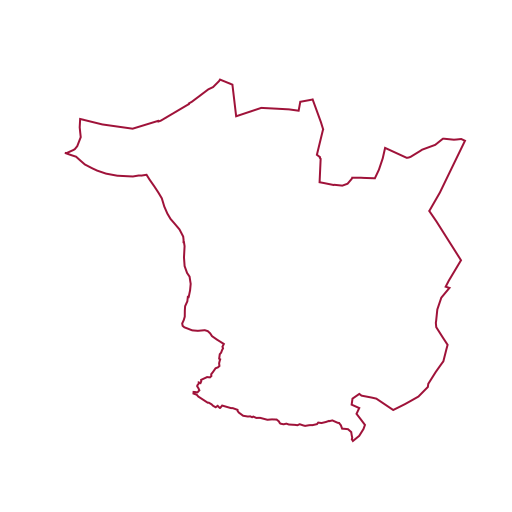 the district of Doedain, River Cess, Liberia, rotated 278°
{"feature_id": "62588387B34334652858528", "entity_name": "Doedain", "entity_type": "district", "adm_level": 2, "iso_a3": "LBR", "parent_name": "Liberia", "parent_adm1": "River Cess", "projection": "orthographic", "projection_center": [-9.275, 6.287], "detail": "fine", "context": "isolated", "style": "outline", "palette": "rose", "viewbox_px": 512, "rotation_deg": 278, "n_neighbors": 0, "source": "geoboundaries", "source_scale": "gbopen_adm2", "svg_char_len": 3617}
<svg xmlns="http://www.w3.org/2000/svg" viewBox="0 0 512 512"><g transform="rotate(278 256 256)"><path d="M280.3,459.6L299.5,443.3L315.3,429.9L324.7,421.3L325.1,421.5L344.5,429.3L357.0,433.3L399.2,446.9L400.3,443.3L400.4,442.9L399.2,438.1L398.7,435.8L398.3,425.6L398.1,424.7L396.5,423.2L391.0,418.0L384.4,405.7L382.8,403.9L377.2,397.1L375.7,395.3L375.5,394.9L374.8,393.6L374.2,391.7L374.4,390.9L379.4,374.2L381.0,368.8L370.3,367.9L358.5,365.7L349.5,362.9L348.3,351.5L348.1,348.8L347.9,347.5L346.9,340.4L346.4,340.4L345.0,339.6L340.3,336.6L337.7,331.7L337.4,323.5L337.1,323.1L337.7,313.0L337.9,308.7L361.2,306.5L362.1,305.6L362.8,305.6L364.7,302.2L365.6,302.3L373.7,303.1L389.8,304.7L390.8,304.9L391.1,304.7L397.5,301.7L418.9,290.3L418.7,289.9L415.3,279.7L414.9,278.4L405.8,278.0L405.8,276.8L405.8,268.3L404.7,255.4L403.4,240.6L393.7,221.1L391.6,216.9L422.4,208.8L425.7,195.8L424.1,195.1L417.3,190.0L414.4,185.6L409.7,180.9L399.8,171.0L397.7,168.3L397.0,168.4L396.4,167.5L376.7,142.8L375.6,140.6L376.2,140.3L364.9,116.1L364.9,108.6L364.9,85.4L365.0,84.5L365.5,79.6L367.2,62.8L358.9,63.5L354.4,64.6L349.3,65.9L339.9,63.7L336.6,61.7L335.6,60.5L331.6,54.2L331.5,52.4L330.1,59.4L329.3,64.0L325.8,69.2L322.8,73.8L320.3,80.9L319.8,82.4L319.2,84.4L319.1,84.8L318.5,86.6L316.7,96.0L316.2,107.4L317.2,118.7L317.5,121.9L317.6,123.0L319.4,128.7L319.7,131.4L321.2,136.3L316.8,140.0L310.8,145.6L305.1,150.6L300.0,154.7L298.7,155.3L292.2,158.3L285.7,162.3L280.8,166.2L276.9,170.7L271.7,176.5L265.1,181.2L262.0,182.0L259.7,182.3L259.8,182.7L255.8,183.9L244.5,184.9L236.1,186.7L235.7,186.9L229.6,190.1L226.3,193.1L221.9,194.4L219.3,195.2L212.8,195.5L206.7,195.1L205.9,195.0L206.0,194.2L202.0,194.3L201.5,194.3L196.8,192.9L196.4,192.8L192.2,193.1L186.0,193.9L182.6,193.4L178.9,192.3L177.7,192.7L176.6,193.1L175.4,195.0L174.7,198.1L173.8,201.8L173.5,203.3L173.8,208.8L175.4,215.6L174.9,218.7L173.0,221.4L170.5,223.6L167.8,228.9L164.4,236.4L161.5,235.4L161.3,235.5L160.0,236.2L158.1,235.5L155.4,234.9L153.7,233.8L149.2,233.8L148.7,234.9L146.8,234.6L144.6,234.4L142.0,235.1L140.4,233.8L139.2,231.6L134.9,229.4L132.7,228.1L130.9,228.5L129.4,227.3L129.3,224.4L129.2,224.3L125.7,218.9L124.2,219.2L122.4,218.7L122.8,216.9L121.6,217.0L119.7,215.9L118.8,215.9L117.4,217.1L116.9,217.5L115.1,218.6L112.8,217.0L112.8,214.3L112.7,213.1L111.1,213.2L110.5,215.9L110.3,216.7L108.7,218.5L108.6,218.8L104.0,228.6L104.2,229.6L102.9,232.7L101.7,234.3L100.7,236.8L100.6,237.1L102.3,238.9L101.1,240.4L100.5,241.4L100.6,241.7L103.2,243.3L101.9,252.3L102.1,254.2L101.1,259.1L100.1,259.3L98.6,260.7L96.0,265.5L95.9,270.3L96.4,272.6L95.8,274.6L96.6,275.6L95.7,278.8L96.3,282.7L95.4,290.1L96.4,294.4L96.6,296.2L96.9,299.2L95.4,301.7L94.1,302.6L93.4,303.5L93.3,304.8L93.2,306.6L93.2,306.8L94.2,309.4L93.7,312.0L94.2,318.1L94.2,320.6L95.5,322.7L94.8,326.4L94.6,328.3L95.9,332.4L96.3,334.9L96.3,335.3L98.0,339.8L99.7,340.8L99.7,344.1L100.6,346.4L101.4,348.4L102.8,351.1L102.6,351.4L103.8,354.5L102.2,360.1L102.2,361.6L101.5,362.2L100.2,363.6L97.0,365.3L97.1,366.8L97.2,368.2L97.3,371.2L94.9,374.8L91.9,375.7L89.4,376.6L87.8,376.4L86.8,377.3L86.3,377.7L92.2,383.2L99.6,386.5L103.9,387.4L109.0,382.3L113.7,377.5L119.8,379.4L122.1,371.4L128.2,371.4L133.8,377.5L132.4,379.9L131.9,390.3L131.5,395.0L122.6,413.3L126.5,419.0L130.1,424.2L133.8,429.1L139.4,436.4L150.2,444.4L153.5,444.4L154.3,444.8L166.1,450.1L170.0,452.1L175.0,454.7L177.8,456.2L189.9,457.5L194.7,458.1L201.2,452.4L210.6,444.4L214.8,443.4L217.0,443.4L228.3,443.0L240.5,445.3L245.7,448.5L251.3,452.0L252.0,448.1L258.5,450.4L278.9,459.0L280.3,459.6Z" fill="none" stroke="#9f1239" stroke-width="2"/></g></svg>